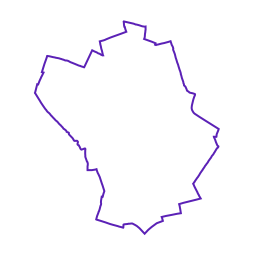 Chom Thong, Bangkok Metropolis, Thailand (Albers equal-area conic projection), rotated 356°
{"feature_id": "78962969B14183764465064", "entity_name": "Chom Thong", "entity_type": "district", "adm_level": 2, "iso_a3": "THA", "parent_name": "Thailand", "parent_adm1": "Bangkok Metropolis", "projection": "albers", "projection_center": [100.463, 13.687], "detail": "fine", "context": "isolated", "style": "outline", "palette": "violet", "viewbox_px": 256, "rotation_deg": 356, "n_neighbors": 0, "source": "geoboundaries", "source_scale": "gbopen_adm2", "svg_char_len": 5454}
<svg xmlns="http://www.w3.org/2000/svg" viewBox="0 0 256 256"><g transform="rotate(356 128 128)"><path d="M77.9,142.4L78.5,143.5L78.7,144.2L79.1,145.3L79.3,145.6L79.5,145.9L79.7,146.1L80.1,146.3L81.4,146.0L82.6,145.6L83.6,145.4L83.9,145.7L84.0,146.0L84.0,146.4L83.8,147.1L83.6,149.3L83.5,150.7L83.5,151.5L83.5,153.1L83.4,153.5L83.6,154.7L83.8,155.2L84.7,158.6L85.0,158.8L85.1,159.1L85.4,160.3L85.4,160.5L85.3,162.2L85.0,163.1L84.9,164.4L84.7,166.9L84.7,167.2L85.7,167.3L87.7,167.4L88.6,167.5L89.2,167.5L90.2,167.4L92.4,167.2L93.7,166.9L93.9,168.0L94.2,169.1L94.7,170.8L95.3,172.1L96.4,175.0L98.2,182.2L98.5,183.1L100.0,189.3L98.8,192.2L98.3,193.8L98.1,194.4L97.8,195.0L97.0,194.7L96.1,198.3L95.8,200.2L95.9,201.6L95.9,201.8L95.6,202.9L95.3,203.4L95.0,204.1L94.0,207.2L93.1,209.3L92.8,209.6L92.7,210.0L92.3,211.0L91.1,213.5L90.7,214.6L89.9,217.0L90.0,217.1L94.7,218.9L99.2,220.7L103.8,222.7L104.0,222.7L104.2,222.8L106.4,223.6L109.3,224.6L111.3,225.3L111.9,225.6L114.9,226.6L116.2,227.1L116.3,227.1L116.4,226.9L116.7,224.5L116.7,224.3L116.9,224.0L117.2,223.9L117.9,223.8L121.2,223.7L121.6,223.5L122.5,223.6L125.0,223.5L125.4,223.6L125.7,223.6L128.3,225.2L130.0,226.4L132.5,228.8L137.2,234.6L138.4,233.5L139.1,232.9L139.6,232.4L141.0,231.1L143.0,229.6L144.8,228.3L149.7,225.2L150.3,224.9L154.8,223.6L156.3,223.1L156.2,222.6L155.7,220.1L155.6,219.8L155.4,219.1L159.7,218.4L165.7,217.7L171.0,217.0L174.8,216.7L174.5,213.3L174.2,210.6L174.1,209.5L173.7,207.5L178.2,206.5L191.4,204.2L195.6,203.4L194.2,200.6L193.8,199.5L193.8,199.4L193.7,199.3L193.6,199.2L192.8,197.3L192.8,197.0L192.5,196.4L190.1,190.8L189.5,188.9L189.1,188.2L190.0,187.1L190.3,186.8L190.4,186.5L190.8,186.2L191.2,185.5L192.0,184.5L192.6,183.8L193.0,183.2L193.9,182.2L194.3,181.8L194.7,181.3L195.1,180.7L195.6,180.1L197.0,178.0L197.9,176.9L198.1,176.6L198.6,176.0L199.1,175.5L199.1,175.4L199.3,175.1L199.6,174.8L199.8,174.4L200.2,174.0L200.3,173.8L201.3,172.6L202.4,171.0L203.3,170.1L203.7,169.5L204.5,168.7L205.6,167.3L205.7,167.0L206.7,165.7L207.0,165.4L207.7,164.5L208.7,163.4L209.2,162.6L209.6,161.9L209.9,161.6L210.5,161.0L210.8,160.7L211.3,160.2L211.9,159.2L212.2,158.8L212.4,158.6L212.5,158.4L212.8,158.1L212.9,157.9L213.3,157.3L215.2,154.6L216.0,154.0L216.3,153.8L216.8,153.1L216.9,152.8L216.9,152.6L216.6,152.3L216.3,152.1L216.0,151.8L215.9,151.5L215.7,151.0L214.7,148.1L214.1,145.7L213.0,142.8L213.0,142.7L214.9,142.9L215.4,143.0L215.6,142.9L215.7,142.4L216.0,140.5L218.0,136.4L218.4,135.3L205.5,125.9L200.2,122.0L195.9,118.7L195.2,118.1L194.6,117.4L194.0,116.4L193.5,115.3L193.2,114.6L193.0,113.8L192.9,112.9L192.9,112.2L193.3,110.0L194.9,104.9L195.4,103.5L196.5,100.9L196.9,100.4L197.2,99.3L197.2,99.1L197.1,98.8L196.7,98.6L196.4,98.5L195.0,97.9L192.9,97.3L192.0,97.0L191.7,96.8L191.6,96.7L191.1,96.1L190.9,95.9L189.7,95.1L189.6,94.8L189.4,94.6L189.2,93.7L189.0,93.0L188.3,91.2L188.2,90.8L187.8,90.3L187.1,89.7L186.9,89.4L186.8,88.0L186.4,87.0L186.4,86.0L185.2,81.7L184.9,79.8L184.4,77.8L184.5,77.3L184.0,75.0L183.8,74.4L183.7,74.1L183.5,73.4L182.6,69.6L182.5,68.9L182.0,67.1L181.7,66.3L181.0,63.1L180.5,61.3L180.0,58.2L179.8,57.3L179.1,54.9L178.6,53.5L178.5,52.4L178.6,52.1L178.7,51.9L178.6,51.2L178.4,50.4L178.2,49.8L177.4,48.1L177.3,47.7L177.2,47.2L176.5,44.4L174.0,45.0L172.9,45.2L169.9,45.8L167.5,46.1L163.8,46.8L162.2,47.0L161.7,47.2L161.2,47.0L160.8,46.8L161.4,45.4L157.8,43.6L155.5,42.6L153.0,41.5L150.3,40.3L150.7,39.5L151.1,38.3L151.5,35.4L152.0,33.3L152.1,32.3L152.4,31.3L152.6,28.0L151.9,28.1L149.6,27.6L149.2,27.5L146.1,26.2L144.0,25.5L143.2,25.3L142.9,25.3L142.3,25.0L141.1,24.4L140.5,24.2L134.5,22.4L131.3,21.4L131.1,21.6L131.2,22.7L131.2,24.8L131.3,26.0L131.5,26.9L131.8,26.9L132.2,28.9L132.2,29.0L132.3,29.4L133.0,31.9L127.2,33.6L121.5,35.2L119.0,35.9L116.6,36.6L115.1,37.1L112.4,38.0L111.1,38.5L109.6,38.9L105.9,39.6L106.0,40.3L106.2,41.8L106.2,42.5L106.6,44.6L106.9,47.1L107.4,49.1L108.0,53.2L108.2,53.8L107.7,53.8L106.2,53.0L105.3,52.3L104.9,52.0L104.5,51.8L104.1,51.7L103.4,51.4L102.1,50.4L99.7,49.2L99.1,48.8L97.7,48.0L88.5,64.4L88.4,64.4L88.1,64.2L85.5,63.2L85.0,62.9L84.9,62.8L84.7,62.8L83.1,62.2L81.9,61.6L81.2,61.2L80.5,60.9L80.3,60.8L79.6,60.4L78.5,59.9L77.3,59.3L76.5,58.9L76.2,58.8L74.8,58.1L74.1,57.6L73.0,56.9L71.6,56.4L70.5,56.3L70.3,56.3L69.8,56.1L68.5,55.4L67.3,55.0L66.3,54.5L66.2,54.5L65.3,54.2L64.1,53.7L62.6,53.3L60.6,52.8L60.5,52.7L59.1,52.3L58.2,52.1L55.7,51.3L54.0,50.8L53.3,50.7L52.5,50.5L52.3,50.6L52.3,50.8L51.6,52.6L49.1,58.3L46.0,66.3L47.6,66.8L45.7,70.1L45.2,70.8L44.6,72.0L43.2,74.5L41.4,78.3L40.5,78.0L37.8,86.2L37.6,86.5L37.7,86.8L38.1,87.3L38.4,87.9L41.3,93.4L42.1,94.9L42.6,95.9L42.8,96.4L44.7,99.7L46.6,102.9L47.3,103.9L47.5,104.1L47.7,104.3L47.8,104.6L48.0,105.0L48.9,106.3L50.5,107.8L51.4,109.0L52.0,110.0L53.0,111.1L53.8,112.2L54.1,112.5L55.0,113.6L55.6,114.3L56.4,115.4L57.3,116.1L58.6,117.6L58.9,118.1L59.2,118.6L60.6,120.2L60.9,120.4L62.1,122.0L62.4,122.3L62.9,122.9L63.6,124.1L63.7,124.3L64.3,124.6L65.6,125.8L65.9,126.1L66.2,126.5L66.3,126.7L66.5,127.3L66.5,127.5L66.9,127.8L68.2,128.3L68.6,128.6L68.7,128.8L68.6,129.8L68.7,130.3L71.3,133.4L71.9,134.1L72.1,134.4L72.5,135.2L72.9,135.8L73.0,136.4L73.1,136.6L73.3,136.8L73.6,137.0L74.0,137.2L74.3,137.2L75.0,137.1L75.8,137.2L76.2,137.2L76.5,137.4L76.6,137.5L76.8,137.9L77.1,138.4L77.1,138.6L77.0,138.8L76.6,140.1L76.5,140.4L76.5,140.7L76.7,141.2L77.0,141.4L77.2,141.6L77.6,141.7L77.7,141.8L77.8,141.9L77.9,142.4Z" fill="none" stroke="#5b21b6" stroke-width="2"/></g></svg>